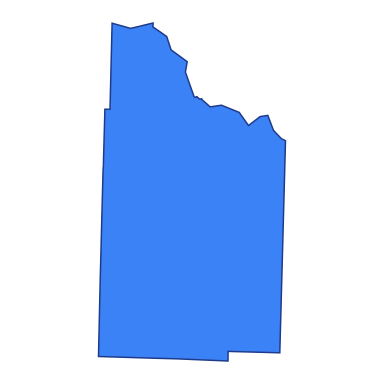 the district of Nevada, Arkansas, United States of America
{"feature_id": "52423323B31821089885349", "entity_name": "Nevada", "entity_type": "district", "adm_level": 2, "iso_a3": "USA", "parent_name": "United States of America", "parent_adm1": "Arkansas", "projection": "equal_earth", "projection_center": [-93.306, 33.699], "detail": "fine", "context": "isolated", "style": "filled", "palette": "blue", "viewbox_px": 384, "rotation_deg": 0, "n_neighbors": 0, "source": "geoboundaries", "source_scale": "gbopen_adm2", "svg_char_len": 780}
<svg xmlns="http://www.w3.org/2000/svg" viewBox="0 0 384 384"><path d="M98.9,337.6L98.5,356.5L156.8,358.3L176.0,358.8L228.0,361.0L228.1,351.4L279.8,352.8L285.5,140.7L281.4,138.7L273.5,130.4L267.8,115.4L260.1,116.6L248.5,125.5L239.2,112.4L221.4,105.2L210.2,106.9L201.8,99.5L201.9,99.4L201.8,98.9L201.7,98.8L201.5,98.7L201.2,98.8L200.7,99.1L200.3,99.1L199.8,99.0L199.4,98.9L199.2,98.7L198.3,97.9L197.7,97.6L197.5,97.4L197.2,96.9L196.9,96.8L196.6,96.7L196.5,96.8L196.2,97.0L195.9,97.1L195.8,97.3L195.6,97.4L195.0,97.2L194.5,96.9L194.0,96.4L185.4,72.1L187.2,61.7L171.1,49.9L166.7,36.5L152.9,26.9L153.1,23.0L130.6,28.4L112.1,23.2L110.0,109.3L104.9,109.2L103.6,156.5L103.4,165.8L103.1,169.4L102.8,180.1L100.2,280.5L98.9,337.6Z" fill="#3b82f6" stroke="#1e3a8a" stroke-width="1.5"/></svg>